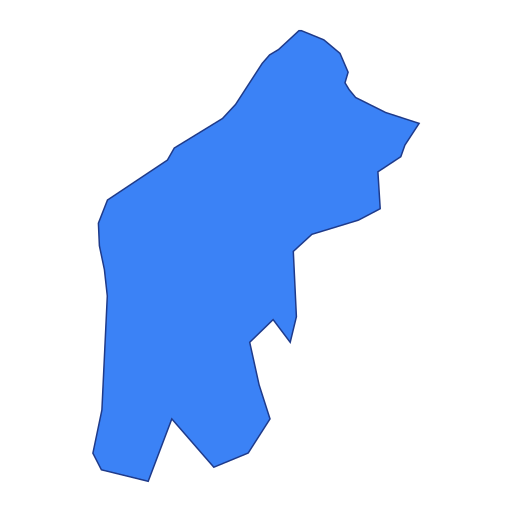 map outline of Pavilostas (Albers equal-area conic projection)
{"feature_id": "LVA-5719", "entity_name": "Pavilostas", "entity_type": "Municipality", "adm_level": 1, "iso_a3": "LVA", "parent_name": "Latvia", "parent_adm1": "", "projection": "albers", "projection_center": [21.267, 56.804], "detail": "fine", "context": "isolated", "style": "filled", "palette": "blue", "viewbox_px": 512, "rotation_deg": 0, "n_neighbors": 0, "source": "natural_earth", "source_scale": "10m", "svg_char_len": 633}
<svg xmlns="http://www.w3.org/2000/svg" viewBox="0 0 512 512"><path d="M92.9,453.2L101.9,410.0L107.3,296.0L104.4,269.6L99.4,245.8L98.4,223.2L107.5,200.0L167.4,160.1L174.3,148.0L222.5,118.5L235.6,104.4L262.2,63.4L269.6,54.9L278.6,49.5L298.9,30.7L301.5,30.7L323.9,39.9L340.0,53.4L348.1,72.2L345.0,82.8L349.1,89.6L355.6,97.5L385.6,112.5L419.1,123.4L404.9,145.1L400.8,156.7L377.9,171.8L380.2,208.7L358.5,220.1L311.9,234.3L293.3,251.4L296.4,316.7L290.2,342.3L273.1,319.6L249.7,342.3L259.1,384.9L270.0,418.9L248.2,453.0L213.8,467.2L171.8,418.9L148.2,481.3L101.4,469.8L92.9,453.2Z" fill="#3b82f6" stroke="#1e3a8a" stroke-width="1.5"/></svg>